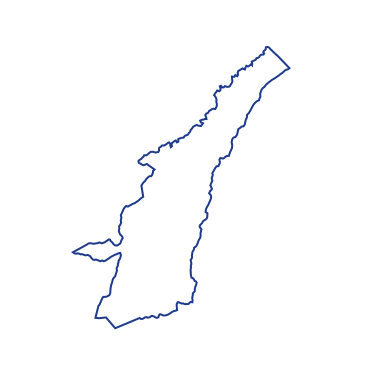 Rio de Contas, Bahia, Brazil (orthographic projection), rotated 246°
{"feature_id": "56859067B14816521084230", "entity_name": "Rio de Contas", "entity_type": "district", "adm_level": 2, "iso_a3": "BRA", "parent_name": "Brazil", "parent_adm1": "Bahia", "projection": "orthographic", "projection_center": [-41.715, -13.627], "detail": "fine", "context": "isolated", "style": "outline", "palette": "blue", "viewbox_px": 384, "rotation_deg": 246, "n_neighbors": 0, "source": "geoboundaries", "source_scale": "gbopen_adm2", "svg_char_len": 5869}
<svg xmlns="http://www.w3.org/2000/svg" viewBox="0 0 384 384"><g transform="rotate(246 192 192)"><path d="M116.3,52.6L114.4,56.0L112.4,62.4L101.6,65.6L98.8,66.5L98.2,92.8L96.7,93.8L96.2,95.3L96.4,96.6L96.5,98.0L96.3,99.4L95.3,100.3L94.9,101.7L94.9,103.0L95.2,105.0L94.1,106.4L92.1,107.7L91.2,108.9L91.3,110.4L92.3,111.2L93.4,112.6L92.7,114.0L91.6,114.8L90.7,115.9L90.0,117.7L89.8,120.2L90.0,122.5L90.5,124.8L90.6,126.5L90.4,127.9L90.1,130.3L93.0,131.3L94.2,131.7L95.8,132.4L97.2,134.2L95.8,135.9L94.3,137.2L93.8,138.6L92.7,139.6L92.1,140.7L91.5,142.3L91.2,143.6L91.8,144.8L92.1,146.1L91.1,147.5L92.8,148.5L94.9,149.0L96.3,149.9L97.7,150.9L99.1,151.6L100.1,154.0L102.2,155.1L103.8,156.2L105.1,157.6L106.1,158.6L107.4,159.4L108.7,159.2L109.7,158.2L111.6,158.2L112.9,157.7L114.1,156.7L115.7,157.1L117.3,157.4L119.6,158.4L121.1,158.9L122.5,159.7L123.6,160.5L125.0,160.8L126.2,161.9L127.4,162.5L129.2,162.8L130.6,163.2L131.2,164.5L132.2,165.5L133.7,165.9L135.2,166.9L136.4,167.5L137.8,168.9L138.6,170.3L140.3,171.3L140.6,173.4L141.4,174.7L142.9,176.3L144.3,177.6L145.6,179.0L146.3,180.1L147.2,181.1L148.3,181.9L149.7,182.6L151.2,183.2L152.7,184.4L154.2,185.5L155.9,184.9L157.4,184.9L158.6,186.1L159.3,188.3L160.7,189.9L161.1,191.5L161.4,193.6L162.0,194.9L163.0,195.8L165.2,196.9L166.4,197.5L168.1,196.3L170.0,197.3L171.4,198.6L172.6,200.1L173.4,201.3L174.8,202.9L176.1,204.3L177.1,205.4L178.6,206.8L180.2,207.7L181.4,207.9L182.6,207.5L183.9,207.1L185.4,208.8L186.0,210.6L186.8,211.5L188.8,211.5L190.6,211.5L191.6,212.4L192.5,213.4L193.9,215.1L195.5,215.3L197.2,215.9L198.1,217.1L199.2,218.0L200.7,218.1L201.7,219.3L202.8,220.8L204.5,223.0L205.5,225.0L204.9,226.7L206.0,227.8L207.1,229.2L208.7,229.8L210.5,230.2L211.5,231.7L210.7,232.8L209.9,234.0L210.1,235.7L210.6,236.9L210.7,238.6L210.0,240.4L211.6,241.7L213.1,243.2L214.1,244.4L215.7,246.2L217.6,247.4L219.4,248.1L220.8,248.3L221.9,248.8L223.1,249.7L224.2,250.7L224.8,252.0L224.6,254.0L225.6,255.9L226.7,257.0L227.7,257.8L229.1,258.8L230.6,259.9L231.0,262.0L231.6,264.2L231.1,265.7L231.6,266.9L232.6,268.0L233.8,268.7L235.0,269.7L236.3,270.7L237.2,271.9L238.2,272.7L239.9,273.5L240.5,274.6L240.9,275.9L241.7,277.1L242.5,278.2L243.4,279.4L244.3,280.5L245.6,282.1L246.9,283.9L247.6,285.5L248.2,286.8L248.6,288.7L248.5,290.4L250.1,291.8L251.2,293.2L252.4,293.7L253.9,294.1L255.1,295.2L256.3,296.3L257.4,297.5L258.2,299.0L258.5,300.8L259.4,302.4L260.2,304.1L260.8,306.1L261.2,307.9L261.6,309.3L261.9,310.8L262.1,312.4L262.2,313.8L262.6,315.6L262.9,317.3L263.2,319.0L263.7,320.7L264.0,322.6L264.4,324.1L265.2,326.1L265.3,328.0L265.1,329.9L265.5,331.4L281.0,325.8L286.5,323.4L290.8,321.7L292.2,321.3L293.6,320.4L294.2,318.4L292.2,317.2L291.7,315.1L290.8,314.0L289.4,314.3L288.5,313.3L289.2,311.2L289.1,309.9L288.0,308.4L287.7,307.0L288.0,305.2L287.0,304.2L286.8,302.0L286.8,299.6L285.0,299.3L283.4,298.4L284.7,297.9L284.1,296.3L283.9,294.2L285.2,293.0L283.8,291.3L282.4,290.1L283.3,289.2L284.4,288.5L284.1,286.9L283.9,284.8L283.7,283.5L282.4,282.2L280.4,281.8L279.4,280.4L281.2,279.2L280.0,277.6L281.2,275.5L279.8,274.9L278.1,274.3L276.4,273.8L275.2,272.4L274.4,271.0L273.4,269.9L273.2,268.6L273.6,267.0L275.3,265.2L274.7,263.5L275.3,262.1L277.2,261.7L277.3,260.4L274.9,260.2L273.4,259.2L272.9,258.0L274.5,256.3L273.4,254.8L272.7,253.2L271.5,251.6L269.6,252.1L267.9,252.2L266.2,251.9L264.9,251.0L262.8,250.6L260.9,249.9L259.7,248.8L258.3,247.0L259.3,245.6L259.6,244.3L259.3,242.5L259.1,240.7L257.8,238.9L257.8,236.9L256.8,235.4L254.4,235.3L252.8,234.9L253.4,233.5L253.5,231.9L254.0,230.5L253.9,228.5L252.1,228.4L250.3,230.0L249.6,228.7L248.6,227.1L250.0,224.8L251.5,223.3L251.3,221.6L251.1,219.4L249.8,217.6L249.3,216.1L247.7,214.7L247.1,213.0L246.2,211.9L246.0,210.6L246.3,209.0L245.9,207.7L245.1,206.5L245.7,204.6L245.9,202.7L246.0,201.0L243.5,200.0L243.5,198.4L245.7,198.1L245.5,196.3L244.9,193.7L243.7,192.6L241.9,192.3L241.6,190.9L243.3,191.2L245.2,191.7L246.6,191.3L246.6,189.9L246.1,187.9L245.8,185.4L246.7,183.6L245.9,181.6L245.8,180.1L244.7,179.3L243.2,178.7L242.2,177.4L242.6,176.0L243.1,174.4L244.5,172.9L245.4,170.8L245.2,169.0L244.5,167.3L244.1,165.3L245.0,163.2L244.0,162.1L243.7,160.8L242.8,158.9L242.6,156.8L242.0,155.6L240.2,155.3L238.7,156.6L237.4,157.4L236.1,158.7L236.0,160.2L236.0,162.1L227.8,166.9L227.1,165.0L225.7,164.3L224.7,163.3L223.7,162.3L223.1,161.1L223.7,159.5L223.3,157.7L222.8,156.5L222.3,155.3L221.0,153.5L220.6,151.8L219.8,150.4L218.5,148.4L207.5,145.5L207.2,143.6L206.8,142.2L206.2,140.4L205.7,138.5L205.5,137.1L205.1,134.9L205.3,133.1L205.1,131.6L205.0,129.5L204.7,127.5L206.0,126.2L205.3,124.3L204.2,122.5L202.8,121.1L201.4,119.4L199.6,117.5L197.3,117.1L195.1,115.4L192.8,114.8L191.3,113.2L190.3,111.5L188.9,111.0L187.6,110.4L186.2,109.3L184.4,109.1L182.8,109.0L180.7,109.8L179.4,110.1L178.0,109.9L177.2,108.6L175.8,107.1L174.2,105.6L173.8,103.8L173.6,101.7L174.6,100.0L176.2,99.1L178.6,98.6L180.3,97.7L181.8,97.7L182.6,96.7L182.2,95.5L182.0,94.0L181.6,92.4L181.7,90.9L181.7,88.9L182.7,87.9L183.6,86.8L183.6,85.0L184.1,83.5L184.4,82.2L184.8,80.9L185.8,79.5L186.7,78.0L187.1,76.4L186.7,74.5L185.4,58.7L183.8,59.6L182.8,61.0L182.5,62.6L181.4,64.0L180.4,64.7L180.1,66.1L178.8,67.4L177.4,69.0L176.9,71.2L174.9,72.8L172.8,73.2L170.4,74.1L169.7,75.2L169.3,76.9L168.0,78.3L167.0,79.1L166.1,79.9L166.0,82.1L164.7,83.2L164.5,85.1L164.9,87.2L165.1,88.8L165.5,90.6L165.9,93.1L165.9,95.1L166.0,96.6L165.8,98.2L165.9,99.7L165.6,101.6L163.6,101.5L161.7,100.3L160.0,98.6L159.2,97.0L157.4,96.2L156.7,95.1L155.3,94.6L154.1,93.5L153.2,92.2L151.8,91.8L150.5,91.3L149.2,90.1L148.1,89.2L147.1,88.3L146.2,87.4L145.6,86.1L144.8,84.6L143.5,83.4L142.0,82.3L141.0,81.4L140.0,80.4L138.8,79.6L137.3,78.5L136.1,77.9L134.9,77.2L133.2,76.4L131.5,74.8L131.1,72.1L131.4,70.2L132.3,68.3L131.4,66.8L130.3,65.6L129.0,64.2L127.7,62.8L126.7,61.7L126.0,60.2L116.3,52.6Z" fill="none" stroke="#1e3a8a" stroke-width="2"/></g></svg>